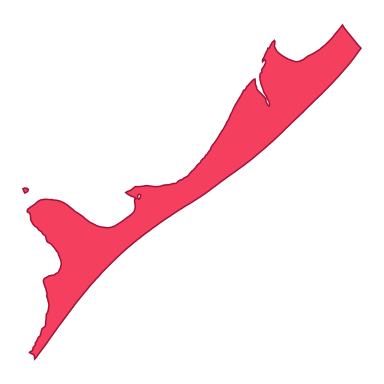 outline of São José do Norte, Rio Grande do Sul, Brazil
{"feature_id": "56859067B56397932156398", "entity_name": "São José do Norte", "entity_type": "district", "adm_level": 2, "iso_a3": "BRA", "parent_name": "Brazil", "parent_adm1": "Rio Grande do Sul", "projection": "equal_earth", "projection_center": [-51.727, -31.8], "detail": "fine", "context": "isolated", "style": "filled", "palette": "rose", "viewbox_px": 384, "rotation_deg": 0, "n_neighbors": 0, "source": "geoboundaries", "source_scale": "gbopen_adm2", "svg_char_len": 5844}
<svg xmlns="http://www.w3.org/2000/svg" viewBox="0 0 384 384"><path d="M342.5,24.9L340.9,27.1L337.4,31.4L335.2,33.9L332.3,37.7L329.1,41.1L326.7,43.4L325.6,44.6L323.2,46.5L321.4,47.9L320.2,49.1L315.3,52.3L313.1,53.6L307.7,56.2L305.8,57.6L304.2,58.8L303.4,59.7L301.9,60.1L300.0,61.0L298.4,61.5L296.8,61.7L295.4,61.6L293.0,60.9L288.7,59.3L285.3,57.5L282.8,56.0L280.0,54.0L278.7,53.0L276.6,50.8L275.0,47.8L274.4,46.0L274.7,44.4L275.0,41.6L274.4,40.4L272.3,42.2L270.6,45.3L269.2,48.1L267.8,48.2L267.5,49.8L266.4,51.9L265.2,54.2L264.3,56.7L263.3,58.4L262.4,60.1L262.6,61.7L264.6,59.6L265.5,60.7L265.5,63.1L264.6,64.9L264.0,66.3L262.2,68.7L261.7,70.0L261.8,72.3L260.3,73.5L259.8,76.1L260.0,79.4L261.1,84.3L262.7,88.3L263.1,89.8L264.0,92.4L265.4,94.6L266.4,96.3L267.6,99.4L268.3,100.4L269.1,101.7L269.5,104.6L269.0,106.1L267.6,105.0L266.3,102.1L266.0,100.7L265.8,99.4L265.1,97.9L262.5,95.1L256.8,89.3L256.5,86.9L255.6,85.0L255.3,82.5L255.1,79.1L254.0,79.2L252.5,80.5L249.5,83.7L248.7,84.7L247.9,85.7L246.7,86.6L246.0,88.5L244.8,90.1L243.5,90.3L242.7,92.4L241.5,94.6L240.7,96.2L239.8,97.4L239.1,98.7L237.3,101.7L236.6,102.9L235.8,104.1L234.9,105.6L234.1,107.5L233.0,109.6L232.3,111.3L230.4,115.0L229.4,117.6L228.3,119.9L226.7,122.4L226.2,123.7L225.6,124.9L224.6,126.7L223.7,128.4L222.4,130.4L221.5,131.4L221.0,132.7L219.8,134.2L219.0,135.9L217.8,137.9L214.8,142.3L213.6,143.8L212.1,145.7L211.0,147.6L210.5,149.5L209.6,150.7L208.7,151.6L207.9,152.9L206.9,154.4L205.7,155.3L205.0,156.7L204.1,158.1L202.8,158.8L201.1,160.6L200.6,162.1L199.6,163.1L197.5,164.8L195.5,167.6L194.0,169.2L193.1,170.3L191.9,171.0L191.1,172.2L189.7,173.5L188.6,175.2L187.4,176.2L186.4,176.8L185.0,177.5L183.6,178.3L182.5,179.3L181.2,179.8L179.8,180.2L178.1,181.3L176.8,182.8L175.5,183.4L174.4,183.6L173.4,183.4L172.3,183.8L170.8,184.2L169.3,184.8L167.9,184.8L164.8,185.0L163.4,185.2L160.3,186.3L158.6,186.4L157.1,186.6L155.5,186.6L154.1,186.6L152.6,186.3L151.1,186.2L147.9,185.7L145.9,185.6L144.5,185.9L143.4,186.1L141.9,186.3L140.4,186.5L138.7,186.6L136.9,186.6L135.3,186.6L133.9,187.6L132.6,188.8L131.0,190.0L129.5,190.8L128.3,191.1L127.0,191.6L125.7,192.6L127.1,193.7L128.1,194.4L130.0,195.4L131.3,196.3L133.5,196.8L134.7,197.7L136.1,198.5L134.7,199.2L134.5,201.0L134.8,203.3L135.2,205.3L135.1,208.1L134.7,209.7L134.2,211.3L132.4,213.6L129.8,215.6L126.9,217.7L124.1,219.9L119.9,222.8L117.8,224.1L114.6,226.1L112.7,226.7L111.5,227.2L109.2,227.6L107.4,227.8L106.2,227.6L102.7,227.2L100.7,226.9L99.0,226.5L97.1,225.8L95.6,225.1L94.1,224.3L92.0,223.2L90.4,222.6L89.2,221.8L87.7,220.5L85.9,219.3L84.9,218.5L83.8,217.3L81.0,215.2L79.4,214.1L78.2,213.4L77.2,212.6L75.6,211.9L74.5,211.0L73.5,210.0L70.3,207.4L68.6,206.1L67.7,205.2L66.3,204.4L64.8,203.3L62.8,202.3L60.6,201.3L57.6,200.4L56.5,200.3L55.0,200.1L53.6,200.1L51.6,199.5L50.0,199.6L47.5,199.4L46.0,199.3L44.7,199.3L43.5,199.5L42.1,199.7L40.5,200.0L38.5,201.0L35.9,203.1L35.1,204.0L33.6,205.1L32.0,206.1L30.7,206.9L28.6,208.6L27.6,209.3L27.1,211.3L28.0,212.5L29.1,212.5L30.2,214.5L30.5,216.3L30.6,219.1L31.0,220.6L31.7,221.7L32.3,223.0L33.1,224.3L34.3,225.7L37.3,227.9L38.6,229.8L40.4,231.1L41.5,231.8L42.2,233.0L43.0,234.1L44.4,235.2L45.5,236.0L46.3,239.4L46.8,241.2L47.7,242.2L49.5,243.1L51.2,244.1L53.2,246.6L54.0,247.4L54.9,248.7L55.8,249.7L56.5,251.2L57.5,251.8L58.2,253.4L59.0,255.9L60.0,258.0L60.8,260.4L61.2,262.5L61.3,264.4L60.8,266.1L60.5,267.9L59.7,269.2L58.9,271.1L57.7,272.9L56.1,273.4L55.1,274.4L53.6,275.2L52.3,275.3L51.0,275.4L49.0,275.9L47.3,276.9L46.2,277.6L45.1,278.0L43.9,279.2L43.4,280.5L43.5,282.2L44.1,283.9L45.0,286.7L46.0,289.0L46.4,291.3L47.1,293.5L46.7,295.7L47.0,297.4L47.7,299.0L48.1,301.1L48.6,303.0L49.0,305.0L48.7,306.7L48.2,310.4L47.4,312.8L46.4,314.0L46.2,315.5L46.2,317.1L46.0,319.2L45.7,322.2L45.5,324.6L45.3,326.2L44.0,327.3L42.2,328.5L41.4,330.4L41.2,331.8L40.7,333.8L40.1,335.9L38.6,337.0L37.8,338.4L37.1,340.2L36.4,341.6L35.3,342.9L35.3,344.7L34.1,346.5L33.0,347.6L33.0,349.2L31.8,351.2L30.4,351.5L29.5,352.4L30.4,353.3L33.6,354.5L34.4,356.4L34.6,359.1L35.9,357.8L37.8,355.2L40.7,351.2L42.1,349.4L45.1,345.4L46.9,342.9L48.6,340.4L50.2,338.1L56.6,329.1L58.6,326.3L63.4,319.9L65.4,317.2L68.3,313.3L69.8,311.4L71.4,309.1L72.9,307.2L74.6,304.8L78.3,300.1L82.4,295.1L86.3,290.4L88.1,288.2L89.7,286.2L92.1,283.4L94.3,281.1L95.7,279.4L98.7,276.3L101.4,273.1L104.8,269.6L106.8,267.5L109.1,265.3L111.5,262.9L116.5,258.0L121.6,253.2L124.9,250.2L126.6,248.7L128.4,247.1L130.4,245.6L134.8,241.8L143.2,235.2L145.0,233.8L146.8,232.5L148.8,231.1L150.8,229.5L152.7,228.1L155.2,226.3L157.1,225.0L159.8,223.0L162.4,221.2L164.6,219.6L165.8,218.9L166.9,218.1L169.9,216.2L171.7,214.9L172.9,214.1L174.4,213.2L175.9,212.1L177.5,211.1L179.0,210.0L180.8,209.0L182.1,208.2L186.1,205.6L187.6,204.8L189.0,204.0L190.5,203.1L195.3,200.0L200.3,196.8L204.8,193.8L206.9,192.2L209.1,190.7L212.5,188.0L214.7,186.5L217.4,184.4L223.9,179.6L227.2,177.2L234.0,172.4L245.0,164.4L246.7,163.0L249.8,160.7L253.6,157.6L254.8,156.6L263.4,149.3L265.0,148.0L266.7,146.4L270.6,143.0L272.5,141.4L275.7,138.3L277.8,136.4L279.1,135.1L280.8,133.5L282.0,132.4L283.7,130.7L285.1,129.2L289.3,125.3L291.5,123.0L293.8,120.8L295.8,118.9L297.7,117.2L299.7,115.2L300.6,114.3L302.8,112.4L304.7,110.3L306.1,108.9L307.8,107.2L309.8,105.3L311.8,103.4L313.8,101.3L315.2,99.9L316.5,98.8L317.9,97.4L319.5,95.9L321.4,94.2L323.0,92.4L325.0,90.5L326.1,89.3L327.9,87.6L329.3,86.0L331.0,84.4L333.0,82.3L335.3,79.7L337.7,77.2L339.7,75.0L341.4,73.0L344.0,70.0L346.1,67.6L348.1,65.3L350.5,62.4L353.1,59.0L354.9,56.6L356.9,53.7L359.8,49.9L361.0,48.2L358.2,45.2L344.5,28.3L342.5,24.9ZM137.9,198.5L137.6,196.1L138.5,194.4L139.6,194.3L140.6,194.9L140.4,196.8L139.8,198.2L138.8,199.4L137.9,198.5ZM24.4,188.0L23.0,188.7L23.5,190.4L24.7,193.0L26.4,192.4L27.8,191.2L28.4,189.5L26.9,188.2L25.7,188.2L24.4,188.0Z" fill="#f43f5e" stroke="#9f1239" stroke-width="1.5"/></svg>